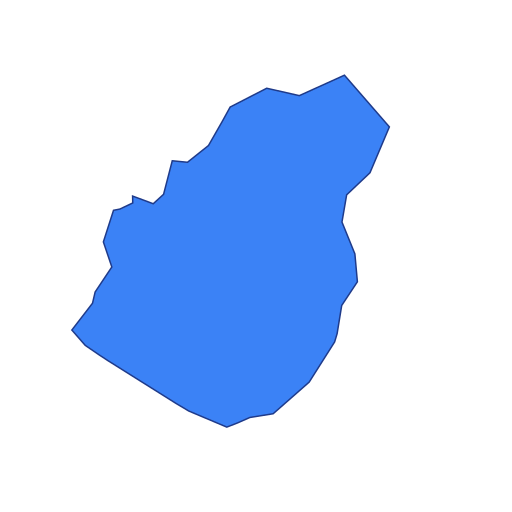 Fayette, Georgia, United States of America, rotated 228°
{"feature_id": "52423323B65845799090272", "entity_name": "Fayette", "entity_type": "district", "adm_level": 2, "iso_a3": "USA", "parent_name": "United States of America", "parent_adm1": "Georgia", "projection": "orthographic", "projection_center": [-84.479, 33.404], "detail": "fine", "context": "isolated", "style": "filled", "palette": "blue", "viewbox_px": 512, "rotation_deg": 228, "n_neighbors": 0, "source": "geoboundaries", "source_scale": "gbopen_adm2", "svg_char_len": 634}
<svg xmlns="http://www.w3.org/2000/svg" viewBox="0 0 512 512"><g transform="rotate(228 256 256)"><path d="M378.6,321.0L369.9,294.6L371.5,267.8L382.8,257.5L363.7,228.6L363.6,214.6L383.1,204.4L377.9,199.9L382.0,186.2L385.3,180.7L368.6,152.0L344.3,141.5L336.9,112.4L330.3,102.9L324.2,69.6L303.8,69.3L287.3,73.3L277.4,75.9L200.0,97.9L185.8,102.3L148.4,119.8L144.3,130.6L140.1,143.4L127.3,163.2L126.7,211.1L139.5,256.9L144.0,264.3L161.9,286.6L169.0,314.1L191.4,330.9L223.7,342.6L240.8,364.3L241.6,396.4L262.7,441.5L331.2,442.7L346.2,395.5L373.5,376.2L384.0,336.5L378.6,321.0Z" fill="#3b82f6" stroke="#1e3a8a" stroke-width="1.5"/></g></svg>